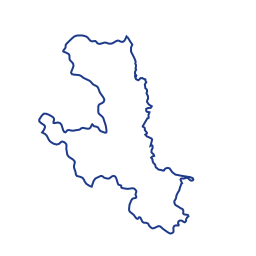 the border of Hamgyŏng-namdo, rotated 291°
{"feature_id": "PRK-3311", "entity_name": "Hamgyŏng-namdo", "entity_type": "Province", "adm_level": 1, "iso_a3": "PRK", "parent_name": "North Korea", "parent_adm1": "", "projection": "orthographic", "projection_center": [127.614, 40.189], "detail": "fine", "context": "isolated", "style": "outline", "palette": "blue", "viewbox_px": 256, "rotation_deg": 291, "n_neighbors": 0, "source": "natural_earth", "source_scale": "10m", "svg_char_len": 5750}
<svg xmlns="http://www.w3.org/2000/svg" viewBox="0 0 256 256"><g transform="rotate(291 128 128)"><path d="M212.9,93.8L212.5,94.5L212.3,95.5L209.9,98.6L207.4,102.1L204.2,102.0L200.5,103.4L195.4,109.0L192.8,111.3L190.7,111.8L189.6,112.9L187.4,113.6L186.2,113.7L185.4,114.7L183.4,114.4L181.1,115.1L179.9,117.0L179.0,117.0L178.9,116.1L177.6,116.8L176.4,118.2L176.3,120.5L177.1,121.0L179.0,121.8L179.3,122.6L179.8,123.3L179.5,124.6L179.6,126.8L178.7,127.1L177.2,128.7L176.7,128.6L175.8,128.2L174.5,128.1L173.7,128.7L171.4,129.9L170.9,131.3L170.3,132.0L169.2,132.7L167.1,132.8L165.0,135.1L164.0,135.6L162.4,136.3L161.1,136.0L159.3,136.3L157.4,139.0L156.8,142.4L155.0,142.0L153.5,139.1L152.3,138.1L150.5,138.9L149.9,140.0L150.4,142.4L149.8,142.5L148.3,142.4L147.6,142.4L146.8,142.7L145.6,143.4L145.0,143.6L144.4,143.4L143.9,142.6L134.8,141.1L134.5,141.5L134.4,142.8L134.2,143.3L133.7,143.8L133.0,144.2L132.3,144.3L131.9,144.7L130.8,146.7L130.3,147.4L129.6,147.6L128.0,146.5L126.9,148.6L126.9,150.1L126.5,153.9L125.8,154.7L119.5,155.4L120.5,156.2L120.3,157.1L118.1,158.2L115.7,157.9L113.6,158.7L112.5,161.5L111.3,162.4L110.3,161.1L108.6,160.2L107.5,162.1L106.5,162.5L105.4,163.3L104.4,164.4L103.5,166.5L101.6,167.7L101.1,168.5L101.0,169.2L100.4,170.6L100.2,171.3L100.2,172.1L100.6,173.4L100.7,175.5L101.0,176.5L101.4,176.9L102.0,176.8L103.7,177.6L105.0,179.3L105.2,181.3L102.6,185.2L101.5,188.9L102.5,194.8L104.4,203.8L104.4,206.2L103.8,207.1L103.1,207.5L102.3,207.2L101.6,206.2L101.5,205.0L101.9,203.7L103.0,201.3L100.6,197.9L100.4,196.7L99.8,195.7L98.9,195.4L98.0,196.1L96.0,198.0L95.8,198.3L94.9,197.8L94.4,197.8L93.9,197.8L93.4,197.9L91.7,197.8L88.4,198.2L84.9,197.6L82.7,197.4L79.2,198.0L76.7,197.5L76.1,197.6L75.7,197.7L75.2,197.9L74.6,198.3L73.9,198.9L73.5,199.4L73.1,200.1L72.9,200.9L72.5,203.7L72.0,205.6L71.9,207.4L71.8,208.0L71.4,208.6L70.7,209.2L70.1,209.5L68.1,210.1L67.7,210.5L67.5,211.3L67.7,212.7L68.2,214.2L68.2,214.8L68.1,215.4L67.2,216.1L65.7,215.3L65.0,215.1L64.0,215.0L62.1,215.4L61.6,215.4L61.1,215.3L60.6,215.0L60.2,214.6L60.2,214.1L60.6,212.4L60.7,211.8L60.7,211.1L60.4,210.1L60.1,209.5L59.6,209.1L59.2,208.8L58.7,208.7L58.2,208.6L57.7,208.7L57.2,208.8L56.7,209.1L56.0,209.9L55.6,210.1L55.2,210.1L54.9,209.8L54.7,209.3L54.5,208.3L54.1,207.4L53.8,207.0L53.5,206.7L53.0,206.3L52.4,206.2L51.5,206.1L50.9,206.2L50.5,206.4L48.2,207.4L47.4,207.6L46.8,207.5L46.4,207.3L45.9,207.0L45.4,206.5L44.8,205.6L44.6,205.1L44.7,204.0L44.9,202.5L46.4,196.6L47.5,193.9L47.6,193.3L47.6,192.7L47.3,191.7L46.9,191.1L44.3,188.7L43.6,187.8L43.3,187.3L43.1,186.8L43.1,186.1L43.3,185.2L43.9,183.6L44.4,182.8L44.9,182.1L45.4,181.8L45.7,181.3L46.0,180.6L46.0,179.6L46.0,178.9L45.8,178.3L45.3,176.9L45.3,176.3L45.4,175.7L45.9,174.7L48.6,171.9L48.8,171.5L48.8,171.0L48.7,170.4L48.5,170.2L47.1,169.9L46.7,169.6L46.5,169.1L46.6,168.3L47.6,166.5L48.8,164.8L49.0,164.3L49.2,163.8L50.2,160.6L50.5,159.8L50.9,159.2L51.3,158.8L52.3,158.2L53.2,157.9L57.0,156.9L61.4,157.0L62.5,157.2L63.4,157.5L63.8,157.8L64.2,158.2L65.4,160.1L65.7,160.4L66.0,160.5L66.4,160.5L66.9,160.3L67.3,160.0L67.9,159.3L68.3,159.0L68.8,158.8L71.5,158.6L72.0,158.4L72.4,158.1L72.9,157.2L73.3,156.4L73.5,155.8L73.6,155.2L73.5,154.3L73.2,153.5L71.2,149.8L70.9,149.0L70.1,145.4L69.9,144.3L69.9,143.8L70.0,143.3L70.3,142.9L71.2,142.6L71.6,142.4L71.8,141.9L71.8,141.3L71.7,140.4L71.7,139.7L71.8,139.2L72.1,138.8L77.1,134.8L77.8,133.9L78.0,133.4L78.2,132.9L78.2,131.9L77.8,131.2L77.2,130.5L74.7,128.9L74.0,128.3L73.6,127.5L73.3,126.2L73.1,123.6L73.2,123.0L73.6,122.0L73.8,121.5L73.8,121.1L73.7,120.6L73.6,120.2L73.3,119.6L70.0,116.4L69.4,115.9L68.5,115.5L67.3,115.1L66.4,114.9L60.2,115.1L60.1,113.8L60.3,112.2L60.6,110.6L61.0,109.1L62.3,107.0L64.0,105.3L65.2,103.4L65.3,100.9L64.9,97.6L65.8,96.1L67.4,95.2L69.5,93.7L70.5,92.7L71.5,92.0L72.5,91.4L73.7,91.1L76.7,90.7L77.6,90.3L78.8,88.2L79.9,83.0L81.3,80.9L86.6,77.8L89.5,76.9L90.4,76.4L91.1,75.6L91.6,74.6L91.9,73.5L91.9,71.6L91.1,70.6L88.5,69.3L87.0,67.3L86.7,64.2L87.2,61.0L88.3,58.7L91.7,54.9L92.7,52.8L93.0,49.4L95.8,50.1L98.6,50.3L99.9,49.8L100.6,48.8L101.0,47.2L101.3,45.5L102.4,42.8L104.2,42.1L108.7,43.1L111.2,44.3L112.0,46.5L112.0,49.4L111.5,52.8L111.2,54.0L110.7,55.0L109.9,55.7L109.0,56.1L106.9,56.2L106.0,56.7L106.3,57.8L108.0,60.5L108.2,62.8L107.1,64.8L102.9,68.1L102.0,69.1L101.4,70.1L101.6,71.2L102.5,71.6L103.7,72.0L104.6,72.8L105.0,74.0L105.4,76.4L105.7,77.5L108.5,82.3L109.2,83.4L109.9,83.9L110.7,84.3L111.5,85.0L112.1,86.3L112.6,89.6L113.0,91.0L113.5,91.9L114.1,92.4L114.8,92.7L115.6,92.9L117.8,93.0L118.6,93.3L118.2,94.3L117.5,95.3L117.5,96.2L117.8,97.2L117.9,98.5L117.8,99.7L117.4,100.4L116.1,101.9L115.5,102.9L115.3,104.0L115.3,106.5L115.4,108.2L115.8,109.1L116.6,109.3L117.8,108.9L122.2,106.4L128.4,101.4L129.2,100.2L129.8,98.9L130.2,97.5L130.7,96.2L131.3,95.2L132.3,94.5L137.6,92.5L138.6,92.5L139.6,92.7L140.4,93.3L142.2,95.1L144.1,96.0L146.1,95.7L147.8,93.9L150.5,89.8L151.5,88.6L154.7,85.8L155.5,84.6L155.8,83.6L156.1,80.2L156.5,79.1L157.5,77.3L158.0,76.2L158.4,74.7L158.5,73.1L158.7,69.9L158.9,68.4L159.8,65.3L159.9,63.9L159.4,61.5L158.5,58.7L158.2,56.3L159.3,55.0L161.4,54.9L163.9,55.0L166.3,54.9L168.2,53.9L169.0,52.8L170.2,50.2L170.9,49.1L172.1,48.4L174.8,47.3L175.6,46.4L175.9,45.3L176.1,43.8L176.2,42.3L176.1,41.2L176.3,40.1L177.3,39.9L180.1,40.8L180.9,40.8L182.5,40.3L183.6,40.1L184.6,40.4L191.6,43.6L194.2,45.1L196.1,47.3L197.8,51.5L198.3,53.8L198.4,56.2L198.0,57.9L196.5,60.5L195.9,62.0L196.0,63.4L196.8,64.9L197.5,66.3L197.1,67.6L196.2,68.9L196.1,70.3L196.5,71.7L197.4,73.0L198.7,74.6L199.3,75.4L199.7,76.4L199.8,77.5L199.9,79.8L200.2,80.9L201.0,82.5L202.3,83.8L205.1,86.0L206.1,87.4L206.2,88.6L206.0,89.9L206.2,91.5L206.9,92.6L208.1,93.3L209.3,93.6L212.9,93.8Z" fill="none" stroke="#1e3a8a" stroke-width="2"/></g></svg>